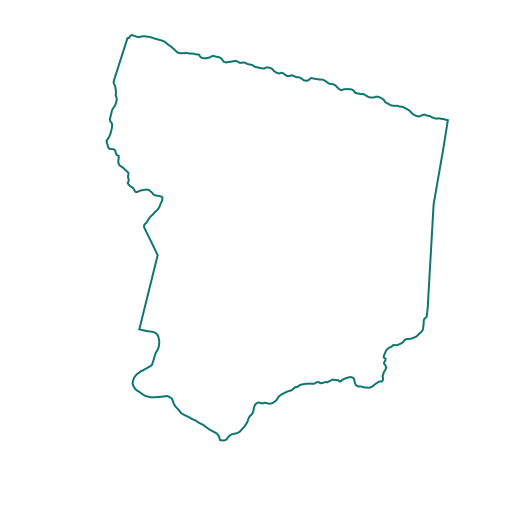 Buritirama, Bahia, Brazil (orthographic projection), rotated 284°
{"feature_id": "56859067B31894088249853", "entity_name": "Buritirama", "entity_type": "district", "adm_level": 2, "iso_a3": "BRA", "parent_name": "Brazil", "parent_adm1": "Bahia", "projection": "orthographic", "projection_center": [-43.67, -10.572], "detail": "fine", "context": "isolated", "style": "outline", "palette": "teal", "viewbox_px": 512, "rotation_deg": 284, "n_neighbors": 0, "source": "geoboundaries", "source_scale": "gbopen_adm2", "svg_char_len": 5474}
<svg xmlns="http://www.w3.org/2000/svg" viewBox="0 0 512 512"><g transform="rotate(284 256 256)"><path d="M116.6,172.3L115.0,171.2L113.3,169.6L111.0,168.2L108.2,167.1L104.9,166.8L102.5,167.1L100.0,168.6L97.7,171.0L96.6,173.4L95.6,176.5L94.0,180.4L93.4,183.2L93.5,188.2L94.0,190.5L96.4,197.8L98.7,204.0L97.8,207.7L96.8,209.3L92.5,212.2L90.5,214.2L87.3,219.1L85.5,221.2L84.5,224.5L83.2,230.7L82.5,232.8L81.5,238.1L80.2,241.5L79.5,245.2L76.4,252.7L74.3,260.9L71.9,263.9L68.8,265.5L68.9,268.4L69.9,270.8L71.2,271.9L73.4,272.7L76.0,274.4L77.2,275.8L78.2,277.7L79.5,280.5L81.4,282.6L86.1,285.2L87.9,286.1L92.7,287.8L95.1,287.9L98.7,288.5L100.6,289.7L103.0,290.8L105.1,290.9L108.1,290.7L111.3,291.0L113.0,292.0L114.3,293.4L114.6,295.0L114.3,296.5L114.8,298.5L115.7,300.0L115.8,302.2L115.9,304.9L116.8,307.0L118.5,308.8L121.2,310.8L123.3,311.5L125.1,312.0L127.7,314.1L128.9,315.5L130.2,316.9L131.1,318.1L132.3,319.5L133.5,321.6L134.5,323.3L136.6,324.5L138.2,325.8L139.1,327.9L141.1,329.5L142.3,331.3L143.4,333.7L144.4,336.3L145.3,339.7L145.8,342.2L146.3,343.6L147.8,344.9L148.9,347.2L148.1,349.3L149.0,351.4L150.4,353.6L150.7,355.7L152.1,357.3L154.7,360.4L154.8,363.1L155.4,365.5L154.4,367.3L155.0,368.8L156.7,369.7L158.4,371.8L159.5,373.4L160.8,375.5L161.5,377.6L161.4,379.2L160.7,380.6L158.9,381.7L157.0,382.5L154.8,384.2L154.1,386.7L154.6,388.6L154.9,390.8L154.6,392.3L155.0,394.6L155.4,397.0L156.2,398.9L157.7,400.6L159.0,401.5L160.3,402.5L161.4,403.5L162.8,404.7L164.1,406.2L164.6,408.3L166.1,409.1L168.1,408.9L169.9,407.9L172.6,408.1L174.4,408.2L176.5,409.0L179.1,409.4L181.3,407.9L182.8,406.1L184.6,406.3L186.2,406.8L187.7,406.6L188.4,404.6L190.0,404.2L191.8,404.5L193.9,404.8L195.8,405.1L197.5,406.0L199.3,407.4L200.8,409.5L202.7,410.6L203.2,412.6L203.7,414.8L204.8,416.1L205.9,417.5L207.8,419.4L209.2,420.0L211.0,420.9L212.0,422.6L212.8,425.3L213.8,427.4L215.0,429.0L216.7,431.1L218.7,432.4L220.3,433.2L221.8,434.5L223.7,435.4L225.6,435.8L227.4,435.4L229.4,435.3L231.6,434.9L233.8,434.4L235.3,434.4L236.8,435.3L238.4,436.3L248.4,435.0L252.7,434.1L255.8,433.5L281.7,428.6L283.3,428.3L343.5,416.9L349.5,415.8L402.2,412.0L406.2,411.7L434.2,409.3L434.1,407.7L434.3,404.9L433.9,402.6L433.9,400.2L432.9,397.9L432.9,396.0L433.1,393.1L433.8,391.2L433.8,389.4L433.6,387.8L434.0,385.1L432.7,382.9L431.0,380.9L430.6,378.9L430.8,376.9L431.5,374.2L432.6,372.1L434.1,370.0L435.1,367.0L435.4,365.1L436.0,363.4L436.1,361.5L435.7,359.1L436.0,357.1L435.4,354.7L434.8,351.7L435.1,349.5L435.6,347.9L436.0,346.0L436.8,343.8L438.5,342.2L439.1,340.5L439.7,338.3L440.1,336.0L439.6,333.7L438.4,332.3L437.8,330.1L437.4,327.9L437.6,326.0L438.1,324.5L438.7,322.8L439.1,320.9L438.5,318.8L438.4,316.8L438.3,315.1L438.3,312.8L440.1,310.8L440.7,308.6L440.6,307.0L440.1,304.5L439.6,302.5L438.8,300.5L437.5,298.7L438.0,296.4L439.2,294.2L440.2,292.8L440.9,291.4L441.3,289.4L441.0,287.0L441.0,285.0L441.6,283.5L442.5,280.9L443.2,278.5L443.1,276.9L442.6,275.1L442.5,273.3L442.3,271.4L442.1,269.2L442.1,266.7L440.8,265.4L439.1,264.3L438.1,262.3L438.1,260.4L438.4,258.8L439.6,256.2L439.8,254.1L439.2,251.8L439.8,249.2L440.1,247.1L438.7,245.1L438.2,242.7L438.9,240.3L439.9,238.0L439.9,236.1L438.9,234.7L438.6,233.1L438.9,231.4L439.8,228.8L441.4,226.4L442.0,224.2L441.8,222.2L441.6,220.6L440.1,218.8L439.6,217.3L439.4,215.6L439.4,211.8L439.3,209.3L440.4,206.2L440.3,203.5L440.2,201.2L440.8,199.1L440.9,197.4L440.2,195.8L439.5,193.7L440.1,191.4L440.4,189.1L439.5,186.9L438.5,184.8L437.5,182.1L436.5,179.9L436.7,177.7L438.8,175.1L439.8,173.2L439.9,171.2L439.7,168.8L439.9,166.2L439.0,164.6L437.6,163.2L436.5,161.3L435.7,159.4L435.1,156.8L435.3,154.9L436.2,153.4L437.6,151.8L437.1,148.7L437.2,146.5L436.8,144.3L436.4,142.5L436.2,139.7L435.1,136.0L434.5,133.8L434.3,131.5L434.8,129.9L435.9,128.1L437.0,126.0L438.4,123.3L439.3,121.1L440.2,118.8L441.5,116.4L442.0,114.6L442.2,113.1L442.3,111.0L442.4,109.0L442.4,107.1L442.4,105.5L442.6,103.8L442.8,101.1L442.7,98.7L442.4,96.9L442.3,94.7L441.5,92.2L439.9,89.2L440.0,86.3L440.3,83.8L440.2,81.7L438.5,80.4L436.8,80.1L436.3,78.6L393.8,75.8L392.3,75.7L390.0,75.8L388.3,77.1L386.1,78.5L383.5,79.7L380.9,80.5L378.2,81.0L376.1,82.2L374.6,82.9L372.7,83.2L369.1,83.0L366.9,82.5L364.3,81.4L361.5,81.0L359.9,81.1L357.7,81.1L354.9,81.1L353.0,81.2L351.1,82.4L349.7,84.2L347.1,85.0L344.3,85.2L342.2,85.2L339.4,85.2L336.2,84.7L333.9,84.0L331.8,83.1L329.3,84.1L327.8,85.3L326.2,85.8L324.6,87.5L324.9,89.9L325.1,92.1L324.4,93.8L322.8,94.6L321.5,95.4L320.2,96.8L319.9,98.5L318.4,99.1L316.1,99.2L313.2,99.8L311.3,101.2L310.3,103.1L309.8,105.0L308.5,107.4L307.2,109.5L306.0,111.9L304.0,112.6L302.5,112.5L300.8,113.1L299.2,114.1L297.5,114.3L295.8,113.8L294.3,115.4L293.2,117.2L292.8,118.7L292.2,120.3L290.9,121.6L289.2,123.2L289.1,124.9L290.7,126.8L291.9,128.7L293.0,131.3L293.9,133.4L294.2,135.7L293.3,137.9L292.2,140.0L291.0,141.4L290.5,143.0L290.5,145.0L290.8,147.8L290.8,150.1L289.7,151.3L286.4,151.4L283.1,150.7L279.6,150.3L277.8,149.5L275.8,148.5L274.3,147.3L272.9,146.6L271.0,145.7L269.2,144.4L267.2,143.4L265.0,142.7L263.0,142.0L261.3,141.4L259.9,140.3L258.1,140.0L256.5,140.7L242.4,152.6L237.0,157.1L232.9,160.4L165.8,160.5L156.6,160.5L156.7,168.2L157.4,173.6L157.4,175.3L156.7,177.8L155.4,179.8L154.1,180.7L152.5,181.6L150.7,182.4L149.1,183.0L147.5,183.2L145.5,183.6L143.8,183.5L141.3,183.3L138.0,182.2L132.7,181.8L130.6,181.8L128.2,181.6L126.3,181.5L124.5,181.1L123.2,179.7L120.9,177.4L118.5,174.8L117.3,173.7L116.6,172.3Z" fill="none" stroke="#0f766e" stroke-width="2"/></g></svg>